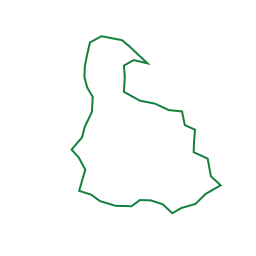 outline of Agios Ioannis Malountas, Nicosia, Cyprus, rotated 70°
{"feature_id": "46923920B28301688096531", "entity_name": "Agios Ioannis Malountas", "entity_type": "district", "adm_level": 2, "iso_a3": "CYP", "parent_name": "Cyprus", "parent_adm1": "Nicosia", "projection": "natural_earth1", "projection_center": [33.174, 35.073], "detail": "fine", "context": "isolated", "style": "outline", "palette": "green", "viewbox_px": 256, "rotation_deg": 70, "n_neighbors": 0, "source": "geoboundaries", "source_scale": "gbopen_adm2", "svg_char_len": 663}
<svg xmlns="http://www.w3.org/2000/svg" viewBox="0 0 256 256"><g transform="rotate(70 128 128)"><path d="M152.6,65.6L144.7,73.6L130.9,71.6L125.1,83.6L114.2,94.5L106.4,107.5L92.6,119.5L78.9,113.5L68.0,110.5L66.1,99.5L73.9,87.6L52.3,98.5L43.5,103.5L32.7,121.5L34.6,134.5L45.4,141.5L55.3,147.5L65.1,151.5L75.9,152.5L86.7,150.5L100.5,156.4L112.3,168.4L121.1,174.4L129.0,188.4L138.8,184.4L152.6,182.4L170.3,195.4L178.1,185.4L187.0,179.4L196.8,166.4L202.7,151.5L199.8,141.5L203.7,131.5L211.5,121.5L223.3,115.5L221.4,105.5L222.4,90.6L216.5,77.6L213.5,60.6L201.7,66.6L184.0,63.6L173.2,74.6L163.4,70.6L152.6,65.6Z" fill="none" stroke="#15803d" stroke-width="2"/></g></svg>